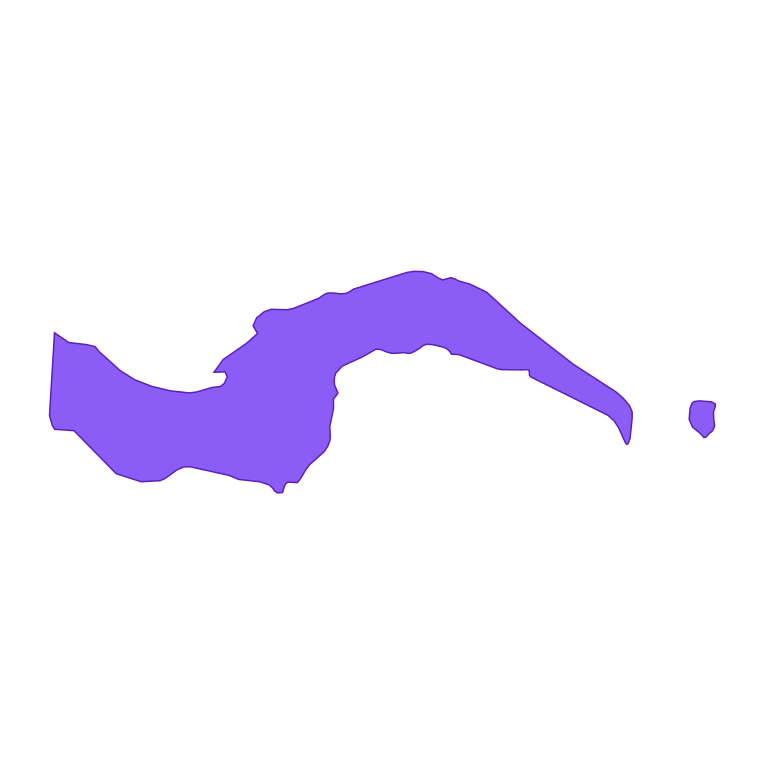 map outline of Davao del Sur (Mercator projection), rotated 273°
{"feature_id": "PHL-2596", "entity_name": "Davao del Sur", "entity_type": "Province", "adm_level": 1, "iso_a3": "PHL", "parent_name": "Philippines", "parent_adm1": "", "projection": "mercator", "projection_center": [125.415, 6.192], "detail": "fine", "context": "isolated", "style": "filled", "palette": "violet", "viewbox_px": 768, "rotation_deg": 273, "n_neighbors": 0, "source": "natural_earth", "source_scale": "10m", "svg_char_len": 2009}
<svg xmlns="http://www.w3.org/2000/svg" viewBox="0 0 768 768"><g transform="rotate(273 384 384)"><path d="M417.9,52.3L408.9,67.1L407.8,84.8L406.2,93.6L401.8,97.4L383.8,119.5L375.3,134.5L369.5,152.1L366.0,170.9L364.9,190.0L366.1,196.9L371.6,212.6L372.9,220.6L376.1,224.4L382.7,227.1L387.8,224.7L386.8,213.6L400.0,222.1L417.2,244.3L427.8,255.1L435.3,250.2L443.4,253.4L449.9,260.6L452.7,267.6L453.1,283.4L454.6,289.3L466.1,314.2L470.4,319.8L471.9,323.1L472.2,327.7L471.8,336.6L472.4,341.0L473.7,343.9L477.3,348.9L496.7,401.4L498.1,408.5L498.3,417.0L496.7,425.6L492.5,433.0L491.0,437.1L493.7,445.4L492.5,449.6L490.9,452.9L488.2,464.7L481.0,481.8L451.8,517.2L413.6,572.0L388.5,615.6L382.6,623.4L375.1,630.4L368.9,633.3L362.4,633.6L343.0,632.6L337.2,630.9L336.5,629.3L338.2,628.0L352.6,620.6L358.7,616.1L359.2,615.7L364.5,609.2L398.8,530.1L400.5,528.7L403.3,528.6L405.5,527.9L405.8,525.0L405.3,521.4L404.5,500.3L405.2,496.0L417.3,457.3L417.3,449.8L417.4,449.7L419.7,448.2L421.6,446.2L423.0,443.8L424.0,440.9L425.9,430.2L425.9,424.3L424.2,420.6L421.8,418.1L418.9,414.0L416.5,409.8L415.8,406.7L416.4,402.4L415.3,394.1L415.1,389.5L416.4,384.1L418.2,379.2L418.4,374.3L409.4,360.1L399.8,341.5L392.4,335.3L388.7,334.3L384.3,334.1L380.1,334.8L372.6,338.5L369.6,336.7L366.5,334.3L357.2,334.9L338.6,332.1L328.4,333.2L324.6,332.9L319.0,331.1L313.3,327.8L299.5,313.9L294.6,310.6L284.5,305.2L280.9,302.5L281.1,294.9L280.7,292.6L278.5,290.6L275.0,289.5L271.8,288.8L270.3,288.2L270.1,286.5L269.7,283.2L271.4,280.5L274.3,278.2L277.3,274.5L279.9,264.9L281.1,243.8L284.4,234.8L284.4,234.7L284.5,234.7L291.2,194.7L290.7,188.3L287.4,181.7L278.4,170.6L275.7,165.4L273.7,146.5L280.4,121.3L321.2,76.8L321.5,57.5L323.0,56.5L325.4,54.9L335.0,51.6L417.9,52.3ZM381.4,692.9L382.8,695.0L383.7,700.2L383.3,712.1L381.4,715.9L378.6,716.0L373.5,714.5L366.1,715.1L359.4,716.4L354.5,714.6L351.2,711.0L347.6,708.1L347.3,706.2L350.7,703.1L357.2,694.3L364.6,690.6L375.8,690.9L381.4,692.9Z" fill="#8b5cf6" stroke="#5b21b6" stroke-width="1.5"/></g></svg>